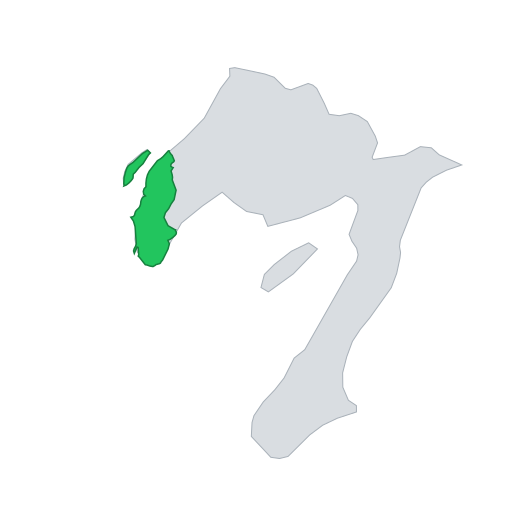 location of Nord-Ouest within Haiti, rotated 293°
{"feature_id": "HTI-1361", "entity_name": "Nord-Ouest", "entity_type": "Department", "adm_level": 1, "iso_a3": "HTI", "parent_name": "Haiti", "parent_adm1": "", "projection": "natural_earth1", "projection_center": [-72.992, 19.852], "detail": "fine", "context": "in_parent", "style": "filled", "palette": "green", "viewbox_px": 512, "rotation_deg": 293, "n_neighbors": 0, "source": "natural_earth", "source_scale": "10m", "svg_char_len": 2896}
<svg xmlns="http://www.w3.org/2000/svg" viewBox="0 0 512 512"><g transform="rotate(293 256 256)"><path d="M418.3,158.4L421.1,162.9L427.0,193.1L427.6,202.8L421.8,217.4L422.6,223.2L435.2,236.6L435.5,241.5L434.0,246.4L423.2,259.2L415.0,267.9L417.7,277.9L424.4,287.5L425.2,295.4L423.2,306.0L412.9,319.0L407.6,323.7L392.3,324.3L390.6,326.2L398.3,338.9L406.9,353.4L420.9,364.6L424.1,375.1L420.7,385.1L420.2,409.8L409.4,397.8L397.6,387.8L390.5,383.9L383.2,381.4L326.9,382.7L320.6,384.5L315.7,387.7L310.4,389.3L295.0,392.3L279.6,392.9L243.6,384.9L229.4,380.7L215.1,378.1L198.6,378.9L182.3,381.4L169.1,387.2L159.3,397.4L157.5,406.9L151.7,409.4L138.4,394.2L126.3,383.5L112.4,375.4L84.0,363.8L78.8,356.8L76.5,348.3L88.1,322.2L101.2,317.4L108.3,316.5L124.5,319.7L140.2,325.6L154.6,329.5L176.9,331.0L188.9,337.5L274.4,347.4L290.6,350.6L297.0,349.5L302.5,345.6L307.1,338.5L312.3,333.2L337.7,332.0L343.0,329.7L346.7,322.3L346.6,314.6L331.7,304.4L308.4,281.8L287.9,255.3L296.7,246.3L293.3,229.9L296.6,214.8L301.5,199.9L281.2,187.2L257.3,174.5L224.0,170.6L213.8,167.4L208.5,157.9L213.3,145.1L224.1,138.0L236.4,133.7L249.0,130.6L279.5,127.0L309.8,131.1L336.0,144.2L362.6,154.5L396.2,157.9L411.3,161.7L418.3,158.4ZM288.7,299.3L286.5,309.8L254.1,297.3L227.8,281.4L228.9,272.9L242.3,270.9L255.2,276.1L274.2,286.7L288.7,299.3ZM306.4,110.6L311.5,114.1L309.6,118.4L296.8,115.7L283.6,110.9L279.3,112.1L276.7,111.5L268.9,106.9L275.7,103.4L282.7,102.2L290.4,102.5L306.4,110.6Z" fill="#d9dde1" stroke="#a8b0b8" stroke-width="1"/><path d="M248.7,171.8L247.8,172.1L247.3,172.8L246.4,173.6L245.1,173.9L243.2,173.4L240.4,172.1L237.7,170.4L236.0,168.7L233.4,171.5L228.0,172.3L215.9,171.6L213.5,170.9L212.1,170.8L211.2,170.1L209.0,167.3L207.8,166.7L206.0,165.3L205.3,162.3L205.1,159.2L204.7,157.5L209.2,149.3L209.9,147.6L211.2,147.6L217.8,144.2L217.8,143.0L210.8,143.0L212.8,141.3L215.2,141.0L217.8,141.3L220.4,141.1L235.8,133.2L240.3,129.5L242.8,125.6L244.3,127.6L245.8,128.2L249.4,127.7L251.2,128.0L254.5,129.4L256.3,129.7L257.8,129.6L258.6,129.5L261.2,128.7L263.0,128.5L265.0,128.6L266.7,129.4L268.1,130.8L269.0,128.5L271.4,127.0L274.3,126.7L276.7,127.7L280.1,126.2L284.1,125.0L288.3,124.4L292.3,124.6L305.2,128.0L308.3,130.2L311.0,131.6L318.5,134.2L318.9,134.9L317.9,135.7L316.6,137.8L315.8,139.6L314.8,140.5L313.4,142.0L311.7,143.6L310.4,143.4L309.1,142.5L307.1,141.9L305.3,142.5L304.9,144.3L305.0,145.2L301.1,144.6L298.0,147.1L295.9,148.4L293.3,149.2L285.4,156.7L275.9,158.6L270.7,157.5L265.5,157.1L260.4,155.7L255.5,156.2L249.5,163.2L248.5,171.4L248.7,171.8ZM282.8,103.0L286.5,102.8L288.9,103.2L291.1,104.3L294.0,106.2L305.9,111.4L311.0,115.0L309.6,118.5L307.5,117.5L296.8,115.9L291.9,113.7L285.7,112.1L283.6,111.1L282.2,111.4L280.7,112.0L279.3,112.3L276.7,111.7L273.6,110.5L270.7,108.9L268.9,107.1L269.5,107.1L269.9,106.9L270.6,106.2L276.4,104.0L282.8,103.0Z" fill="#22c55e" stroke="#15803d" stroke-width="1.5"/></g></svg>